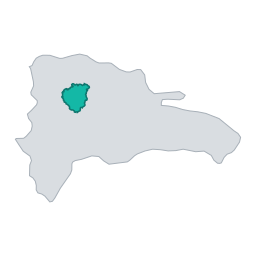 San José de Las Matas, Santiago, Dominican Republic (highlighted)
{"feature_id": "3306468B48570951315042", "entity_name": "San José de Las Matas", "entity_type": "district", "adm_level": 2, "iso_a3": "DOM", "parent_name": "Dominican Republic", "parent_adm1": "Santiago", "projection": "albers", "projection_center": [-71.019, 19.237], "detail": "fine", "context": "in_parent", "style": "filled", "palette": "teal", "viewbox_px": 256, "rotation_deg": 0, "n_neighbors": 0, "source": "geoboundaries", "source_scale": "gbopen_adm2", "svg_char_len": 5258}
<svg xmlns="http://www.w3.org/2000/svg" viewBox="0 0 256 256"><path d="M29.5,175.7L29.8,165.0L31.5,160.6L30.0,156.1L23.2,151.2L19.0,144.9L15.4,139.3L16.2,138.5L23.6,138.3L26.2,136.3L31.2,130.6L32.2,126.1L31.8,122.6L28.6,118.5L27.4,114.1L31.4,110.4L36.6,104.8L37.3,102.7L37.2,100.6L31.2,94.7L30.8,92.2L33.6,85.9L33.4,81.7L30.6,68.6L29.3,66.7L32.0,65.6L33.8,61.7L36.2,58.2L39.3,56.4L42.9,55.2L49.9,55.3L59.7,58.4L62.5,58.3L71.9,55.6L79.7,54.1L87.1,55.8L90.0,58.1L96.1,61.9L99.1,63.0L108.7,62.9L111.3,63.3L119.4,69.4L126.2,71.9L130.1,72.0L137.2,69.5L140.7,69.6L144.7,74.9L145.6,82.4L149.0,89.3L154.2,93.7L179.5,91.6L185.2,95.2L183.3,98.2L179.7,99.8L167.7,99.2L162.4,99.6L161.3,102.6L161.3,105.4L168.4,106.0L175.4,107.3L182.5,109.5L189.7,110.9L197.8,111.8L205.8,113.4L219.1,118.6L234.0,130.8L238.0,133.5L240.6,137.3L239.5,142.1L234.3,150.0L231.4,152.6L227.1,154.2L224.1,157.4L221.3,162.9L219.6,163.4L217.5,163.2L213.9,160.2L211.3,155.4L204.1,151.1L195.7,151.7L183.2,149.2L175.7,150.6L168.1,150.9L160.4,149.7L152.6,149.2L144.9,151.0L137.4,153.9L134.6,155.7L129.8,160.2L127.3,161.9L109.0,164.2L103.7,160.9L98.8,156.5L91.8,155.9L81.6,159.3L75.2,160.6L72.6,162.1L71.9,163.8L71.8,170.0L70.4,173.8L60.4,188.1L54.8,198.1L52.4,201.3L49.8,201.9L44.9,196.1L41.7,194.0L37.9,192.9L36.2,189.9L36.3,185.5L35.3,181.2L32.9,177.9L29.5,175.7Z" fill="#d9dde1" stroke="#a8b0b8" stroke-width="1"/><path d="M82.3,107.8L82.4,107.5L82.8,107.1L82.9,106.9L83.0,106.8L83.3,106.6L83.6,106.4L83.9,106.3L84.1,106.2L84.7,105.6L84.8,105.5L84.9,105.4L84.9,105.1L84.9,104.5L84.9,104.2L84.7,103.8L84.4,103.2L84.4,102.9L84.5,102.7L84.8,102.6L84.9,102.4L84.9,102.2L84.9,101.7L85.1,101.3L85.1,100.9L85.1,100.7L85.4,100.5L85.5,100.2L85.8,100.1L86.0,100.1L86.4,100.3L86.5,100.3L86.7,100.2L86.8,99.8L87.0,99.7L87.1,99.4L87.1,98.7L87.1,98.3L87.0,98.2L86.7,97.8L86.6,97.7L86.5,97.4L86.4,97.1L86.3,96.8L86.2,96.6L86.1,96.3L86.0,96.1L86.0,95.8L86.0,95.5L86.0,95.4L86.1,95.2L85.8,94.8L85.7,94.6L85.6,94.3L85.7,94.2L85.9,93.9L86.0,93.7L86.3,93.5L86.3,93.4L86.2,93.1L86.2,92.7L86.7,91.7L86.7,91.0L86.7,90.9L86.8,90.8L87.0,90.7L87.4,90.6L87.5,90.4L87.4,90.2L87.2,90.0L86.9,90.0L86.7,90.0L86.5,89.7L86.5,89.4L86.6,89.2L86.8,89.1L87.0,89.1L87.5,89.1L87.8,89.1L88.0,88.8L88.3,88.4L88.5,88.3L88.7,88.2L88.8,88.1L89.0,87.8L89.1,87.7L89.3,87.7L89.4,87.4L89.4,87.2L89.2,86.6L89.0,86.3L88.9,86.2L88.7,86.1L88.4,85.9L88.2,85.9L87.9,85.8L87.7,85.7L87.4,85.0L87.2,84.8L87.1,84.7L86.7,84.7L86.4,84.6L86.2,84.4L85.6,84.3L85.4,84.3L85.3,84.2L85.1,84.1L84.9,83.9L84.5,83.7L84.5,84.0L84.5,84.5L84.5,84.8L84.4,84.8L84.0,84.7L83.8,84.6L83.7,84.5L83.4,84.8L83.1,84.9L83.0,85.0L82.9,85.1L82.9,85.3L82.7,85.4L82.5,85.5L82.4,85.4L82.2,85.4L81.7,85.0L81.5,84.8L81.4,84.7L81.1,84.5L80.7,84.4L80.2,84.3L79.8,84.4L79.5,84.3L79.1,84.3L78.9,84.4L78.7,84.7L78.6,84.9L78.4,85.3L78.1,85.6L77.9,85.7L77.7,85.4L77.6,84.9L77.4,84.6L77.0,84.3L76.9,84.3L76.7,84.3L76.4,84.3L76.2,84.4L76.1,84.6L75.8,84.7L75.3,85.0L75.1,85.0L74.6,84.8L74.0,84.1L73.8,84.0L73.7,83.9L73.4,83.9L73.2,83.8L73.0,83.7L72.6,83.8L72.3,84.0L72.2,84.1L72.1,84.3L71.7,84.5L71.7,84.8L72.0,84.9L72.1,85.2L72.3,85.6L72.3,85.8L72.0,86.0L72.1,86.3L72.8,86.3L73.0,86.3L73.0,86.6L72.7,86.7L72.4,86.9L72.3,87.0L72.1,87.0L71.5,87.0L71.3,87.0L70.5,87.4L70.3,87.5L70.2,87.7L70.2,87.8L70.3,88.0L70.2,88.2L70.1,88.4L70.0,88.5L69.8,88.6L69.7,88.6L69.3,88.5L69.2,88.5L68.8,88.8L68.7,89.0L68.3,89.0L68.2,89.0L68.2,89.3L68.1,89.7L67.7,89.8L67.4,89.8L67.0,89.7L66.9,89.6L66.9,89.4L66.9,89.0L66.8,88.8L66.7,88.7L66.4,88.7L66.4,88.8L66.2,89.0L65.8,89.1L65.6,89.0L65.3,89.1L65.0,89.2L64.9,89.3L64.8,89.5L64.3,89.7L64.2,89.8L64.2,90.0L64.1,90.3L63.7,90.5L63.7,90.9L63.8,91.4L63.9,91.7L63.8,91.8L63.7,91.9L63.1,91.9L62.9,91.7L62.8,91.8L62.7,91.8L62.5,92.2L62.4,92.4L62.4,92.5L62.2,92.7L62.1,92.8L62.2,93.0L62.3,93.3L62.5,93.5L62.7,93.8L62.8,93.9L62.6,94.4L62.5,94.6L62.5,95.0L62.5,95.4L62.5,95.7L62.8,96.3L62.8,96.5L62.7,96.7L62.7,96.8L62.4,96.8L62.1,96.7L61.9,96.7L61.8,96.8L61.8,97.0L62.1,97.4L62.2,97.6L62.5,98.0L62.9,98.1L63.0,98.2L63.0,98.3L63.1,98.6L63.2,98.8L63.4,98.9L63.5,99.1L63.6,99.6L63.5,99.9L63.4,100.0L63.5,100.1L63.7,100.3L63.9,100.5L64.1,100.9L64.1,101.1L64.1,101.8L64.2,102.0L64.5,102.2L64.9,102.2L65.1,102.2L65.4,102.4L65.5,102.5L65.9,102.8L66.0,103.2L66.0,103.3L66.0,103.5L66.0,103.8L66.3,104.0L66.5,104.0L67.4,104.5L67.6,104.6L67.9,104.8L68.1,105.1L68.2,105.3L68.4,105.6L68.7,105.8L69.2,106.1L69.3,106.2L69.4,106.3L69.4,106.9L69.5,107.2L69.6,107.4L69.6,107.7L69.6,107.9L69.5,108.0L69.4,108.3L69.5,108.5L69.7,108.8L69.9,109.0L70.0,109.2L70.1,109.3L70.5,109.5L71.0,109.8L71.3,109.9L71.4,110.0L71.5,110.0L71.7,109.8L71.8,109.8L72.0,109.8L72.5,110.0L73.1,110.1L73.3,110.2L73.4,110.3L73.7,110.6L74.0,110.7L74.1,110.8L74.3,111.0L74.5,111.3L74.5,111.6L74.4,111.8L74.4,112.0L74.6,112.1L75.1,112.2L75.4,112.3L75.6,112.3L75.9,112.0L76.0,112.0L76.6,111.9L76.9,111.8L77.2,111.8L77.3,111.8L77.4,112.2L77.5,112.2L77.5,112.3L77.8,112.1L78.1,111.8L78.2,111.6L78.4,111.4L78.7,111.3L79.1,111.2L79.6,110.9L80.0,110.8L80.1,110.5L80.2,110.2L80.3,109.9L80.2,109.5L80.2,109.4L80.2,109.2L80.4,109.0L80.4,108.9L80.4,108.6L80.3,108.4L80.4,108.1L80.4,107.9L80.6,107.7L80.8,107.5L80.9,107.4L81.0,107.4L81.3,107.4L81.6,107.4L82.0,107.6L82.3,107.8Z" fill="#14b8a6" stroke="#0f766e" stroke-width="1.5"/></svg>